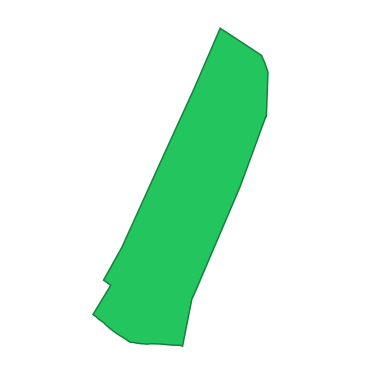 the district of Sidi Barani, Matruh, Egypt, rotated 202°
{"feature_id": "37247803B34514127980105", "entity_name": "Sidi Barani", "entity_type": "district", "adm_level": 2, "iso_a3": "EGY", "parent_name": "Egypt", "parent_adm1": "Matruh", "projection": "mercator", "projection_center": [25.953, 30.453], "detail": "fine", "context": "isolated", "style": "filled", "palette": "green", "viewbox_px": 384, "rotation_deg": 202, "n_neighbors": 0, "source": "geoboundaries", "source_scale": "gbopen_adm2", "svg_char_len": 1205}
<svg xmlns="http://www.w3.org/2000/svg" viewBox="0 0 384 384"><g transform="rotate(202 192 192)"><path d="M237.9,41.3L234.8,40.6L233.3,40.1L232.6,39.8L231.9,39.5L231.7,39.5L230.7,39.0L229.9,38.9L229.1,38.8L228.4,38.6L227.4,38.4L227.1,38.3L226.4,38.1L226.2,38.1L224.4,37.6L223.5,37.1L222.7,36.8L221.4,36.2L221.1,36.1L219.5,35.7L218.3,35.2L217.3,34.8L216.9,34.7L216.4,34.6L215.4,34.3L214.9,34.2L214.5,34.0L213.7,33.8L212.6,33.5L212.3,33.4L212.2,33.4L210.8,33.1L209.7,32.8L209.1,32.6L208.6,32.5L208.2,32.4L207.8,32.4L207.5,32.4L207.2,32.3L206.8,32.3L206.7,32.3L206.5,32.2L206.1,32.1L205.0,31.8L204.5,31.7L204.2,31.7L203.4,31.6L202.6,31.5L201.2,31.3L200.0,31.0L198.6,30.7L197.2,30.4L195.7,30.0L194.8,29.9L193.4,29.6L192.4,29.7L190.2,30.5L188.3,30.8L185.6,31.4L183.7,32.0L181.8,32.4L180.8,32.9L177.3,33.9L175.6,34.6L174.6,35.3L171.7,36.5L166.3,38.5L162.8,39.7L159.7,40.6L157.6,41.2L154.6,42.1L151.8,43.0L150.3,43.6L148.9,44.2L147.5,44.8L145.9,45.2L145.0,45.4L143.0,45.5L152.0,92.6L151.6,101.5L149.4,215.3L151.8,289.6L151.3,289.8L166.4,331.4L172.3,338.4L178.7,344.7L227.2,354.4L228.8,287.6L232.0,217.1L236.3,114.4L241.0,77.1L232.4,75.1L237.9,41.3Z" fill="#22c55e" stroke="#15803d" stroke-width="1.5"/></g></svg>